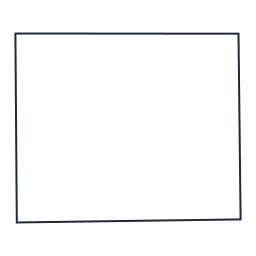 Frio, Texas, United States of America (Albers equal-area conic projection)
{"feature_id": "52423323B99594247353741", "entity_name": "Frio", "entity_type": "district", "adm_level": 2, "iso_a3": "USA", "parent_name": "United States of America", "parent_adm1": "Texas", "projection": "albers", "projection_center": [-99.206, 28.866], "detail": "fine", "context": "isolated", "style": "outline", "palette": "slate", "viewbox_px": 256, "rotation_deg": 0, "n_neighbors": 0, "source": "geoboundaries", "source_scale": "gbopen_adm2", "svg_char_len": 192}
<svg xmlns="http://www.w3.org/2000/svg" viewBox="0 0 256 256"><path d="M15.4,33.5L16.8,222.5L21.7,222.4L240.6,219.4L238.5,33.7L15.4,33.5Z" fill="none" stroke="#1e293b" stroke-width="2"/></svg>